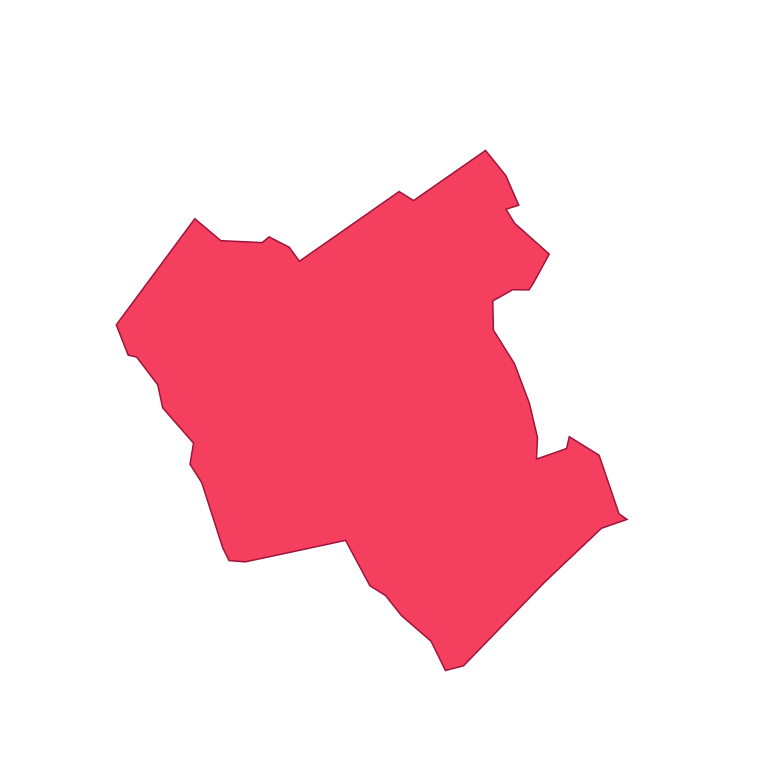 Botetourt, Virginia, United States of America, rotated 288°
{"feature_id": "52423323B68176065180378", "entity_name": "Botetourt", "entity_type": "district", "adm_level": 2, "iso_a3": "USA", "parent_name": "United States of America", "parent_adm1": "Virginia", "projection": "albers", "projection_center": [-79.803, 37.555], "detail": "fine", "context": "isolated", "style": "filled", "palette": "rose", "viewbox_px": 768, "rotation_deg": 288, "n_neighbors": 0, "source": "geoboundaries", "source_scale": "gbopen_adm2", "svg_char_len": 783}
<svg xmlns="http://www.w3.org/2000/svg" viewBox="0 0 768 768"><g transform="rotate(288 384 384)"><path d="M130.5,531.0L140.6,546.7L243.7,597.3L258.1,605.0L295.0,625.1L314.0,635.4L330.3,656.9L333.2,647.6L382.7,610.6L391.1,576.5L379.1,577.6L359.7,552.2L380.6,546.5L410.8,528.1L443.5,501.9L469.1,471.4L496.6,461.8L513.4,477.2L518.3,492.8L525.5,494.8L558.6,501.0L577.2,458.6L587.9,446.0L595.7,456.9L619.8,435.5L637.5,408.4L567.6,355.4L571.7,338.9L474.6,265.6L484.8,251.6L488.4,229.2L480.8,224.4L469.9,184.5L482.7,153.0L357.5,111.1L332.4,131.8L333.2,140.4L313.3,169.1L292.9,180.9L268.9,221.1L247.7,224.3L233.9,241.1L178.3,281.3L168.2,291.2L172.0,307.1L223.4,395.8L187.7,433.0L183.3,450.8L169.1,472.2L153.9,508.2L130.5,531.0Z" fill="#f43f5e" stroke="#9f1239" stroke-width="1.5"/></g></svg>